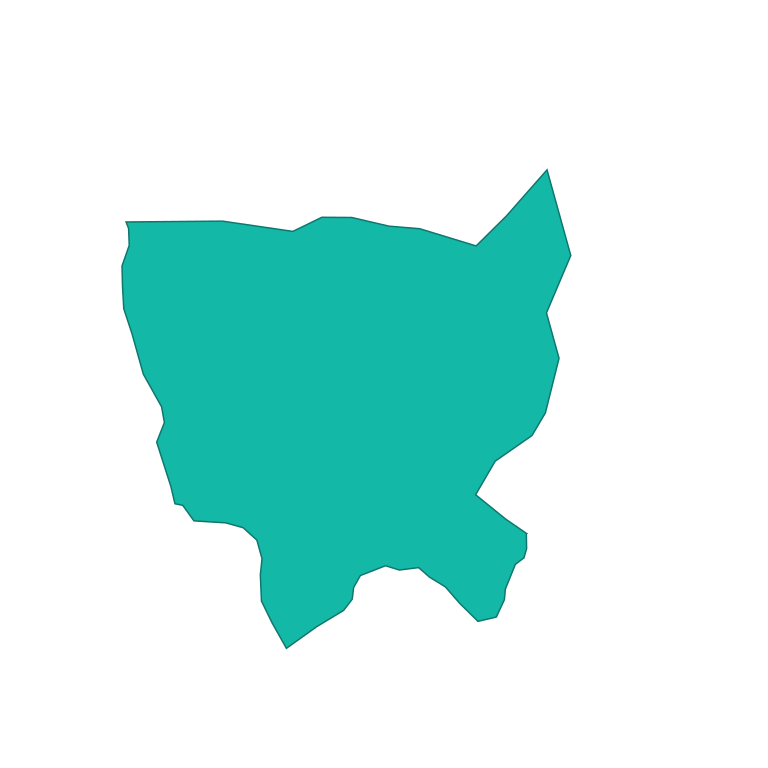 the district of Vänersborg, Västra Götaland, Sweden, rotated 334°
{"feature_id": "70781695B41562985263566", "entity_name": "Vänersborg", "entity_type": "district", "adm_level": 2, "iso_a3": "SWE", "parent_name": "Sweden", "parent_adm1": "Västra Götaland", "projection": "albers", "projection_center": [12.351, 58.463], "detail": "fine", "context": "isolated", "style": "filled", "palette": "teal", "viewbox_px": 768, "rotation_deg": 334, "n_neighbors": 0, "source": "geoboundaries", "source_scale": "gbopen_adm2", "svg_char_len": 927}
<svg xmlns="http://www.w3.org/2000/svg" viewBox="0 0 768 768"><g transform="rotate(334 384 384)"><path d="M180.4,578.8L217.3,572.6L248.4,569.8L261.1,563.5L267.5,553.6L278.8,545.8L305.7,548.0L316.2,557.9L334.6,564.2L340.3,577.7L350.2,593.2L355.9,614.4L364.4,638.5L382.8,642.7L397.6,630.7L403.3,621.4L423.0,603.7L433.6,601.6L440.0,594.5L446.3,581.0L446.7,581.0L434.1,558.7L417.8,523.7L450.1,502.1L494.4,495.2L516.4,480.7L551.1,439.4L552.6,437.6L561.2,391.3L608.2,350.4L624.4,263.0L567.5,286.7L527.3,300.3L484.3,260.2L457.5,244.2L428.0,220.2L401.2,206.9L369.0,206.9L310.2,166.8L223.2,125.3L222.6,132.3L215.8,147.7L200.3,163.0L191.7,181.8L183.1,202.3L179.6,228.0L172.0,269.7L174.1,307.0L169.7,322.4L154.2,336.6L147.5,382.8L143.6,400.0L149.9,404.8L153.2,423.7L165.3,430.6L180.7,439.3L194.4,451.4L201.3,468.6L197.8,487.5L189.2,501.3L178.7,525.4L178.7,549.5L180.4,578.8Z" fill="#14b8a6" stroke="#0f766e" stroke-width="1.5"/></g></svg>